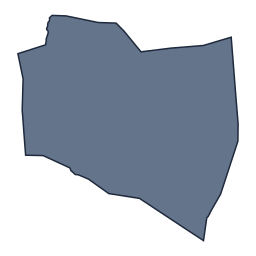 outline of Chandmani, Govi-Altay, Mongolia
{"feature_id": "93677404B36095264987417", "entity_name": "Chandmani", "entity_type": "district", "adm_level": 2, "iso_a3": "MNG", "parent_name": "Mongolia", "parent_adm1": "Govi-Altay", "projection": "equal_earth", "projection_center": [97.862, 45.436], "detail": "fine", "context": "isolated", "style": "filled", "palette": "slate", "viewbox_px": 256, "rotation_deg": 0, "n_neighbors": 0, "source": "geoboundaries", "source_scale": "gbopen_adm2", "svg_char_len": 909}
<svg xmlns="http://www.w3.org/2000/svg" viewBox="0 0 256 256"><path d="M231.2,37.2L203.3,45.5L171.1,48.1L141.0,51.8L124.0,31.1L116.1,23.1L98.1,22.5L66.1,15.9L52.1,15.4L49.5,17.8L49.6,19.4L49.2,21.2L49.1,21.6L48.3,22.1L48.0,22.7L47.7,24.5L47.6,25.7L47.5,26.6L47.3,27.3L46.7,28.2L46.7,29.4L47.4,30.3L48.1,31.0L48.1,31.8L48.2,32.8L47.8,33.9L47.7,34.9L47.2,35.4L47.1,36.6L46.6,37.9L46.3,38.3L46.3,39.0L46.2,39.5L46.3,40.2L45.6,44.8L17.9,53.7L23.1,78.9L22.2,110.1L25.6,155.2L43.1,155.6L69.4,167.7L70.1,168.1L70.4,169.2L70.9,170.6L71.7,171.2L72.2,171.7L72.8,172.3L73.5,172.8L74.4,173.8L75.0,174.3L75.6,174.6L77.0,174.7L78.3,174.8L88.4,179.1L108.8,193.6L139.5,198.4L185.6,228.9L203.5,240.6L206.8,217.7L207.9,216.7L208.3,216.2L208.5,215.8L208.6,215.3L208.8,215.1L209.0,214.9L209.6,213.8L210.7,211.4L220.6,194.1L237.9,141.2L238.1,123.6L235.6,93.2L231.2,37.2Z" fill="#64748b" stroke="#1e293b" stroke-width="1.5"/></svg>